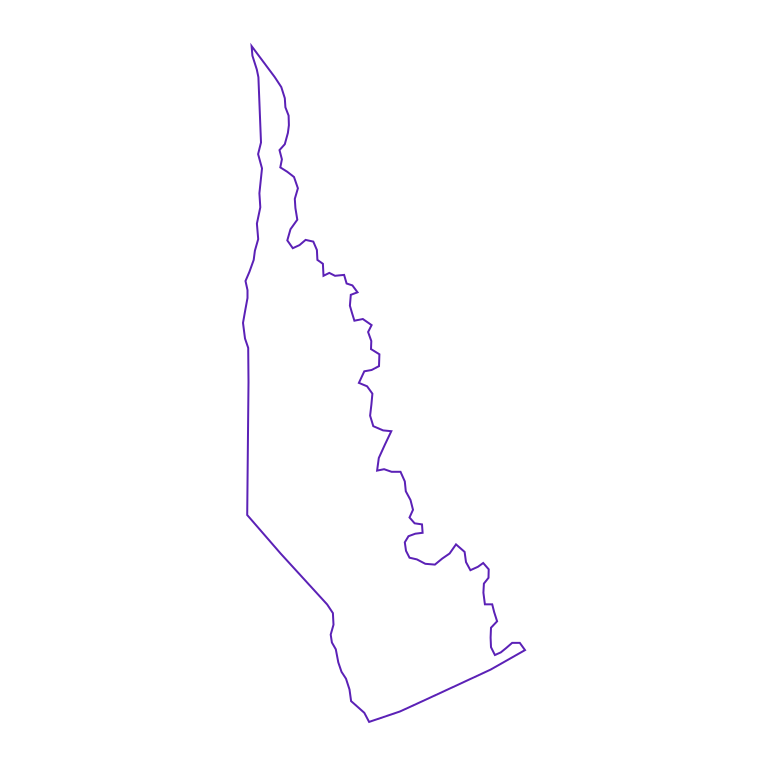 São Miguel do Aleixo, Sergipe, Brazil
{"feature_id": "56859067B31115724178454", "entity_name": "São Miguel do Aleixo", "entity_type": "district", "adm_level": 2, "iso_a3": "BRA", "parent_name": "Brazil", "parent_adm1": "Sergipe", "projection": "equal_earth", "projection_center": [-37.356, -10.368], "detail": "fine", "context": "isolated", "style": "outline", "palette": "violet", "viewbox_px": 768, "rotation_deg": 0, "n_neighbors": 0, "source": "geoboundaries", "source_scale": "gbopen_adm2", "svg_char_len": 1835}
<svg xmlns="http://www.w3.org/2000/svg" viewBox="0 0 768 768"><path d="M274.8,77.2L251.6,46.1L252.4,55.7L256.8,69.5L258.4,77.2L261.0,142.5L258.1,154.1L262.0,168.4L259.4,193.3L260.3,207.3L256.9,223.6L258.2,239.1L254.9,250.7L253.7,259.9L249.4,271.9L245.5,281.0L247.5,290.1L247.5,298.0L245.3,309.9L243.0,322.9L245.0,338.5L248.2,347.9L248.5,382.1L247.2,515.0L280.5,553.4L327.2,604.5L332.9,613.1L333.5,624.7L330.7,634.6L331.9,642.5L335.8,649.3L338.3,662.4L341.5,671.8L346.0,678.7L349.5,689.5L351.1,701.1L364.3,712.8L369.1,721.9L399.9,711.5L422.4,701.2L468.2,680.0L490.6,669.6L525.0,650.1L519.8,642.9L512.1,642.9L506.1,648.1L500.8,652.4L494.9,655.0L491.0,647.2L490.6,637.6L491.0,627.7L497.1,621.3L494.2,612.2L492.2,604.3L484.9,604.3L483.4,592.7L483.9,583.6L488.5,577.8L488.7,569.3L483.2,563.0L477.9,566.8L470.4,570.2L466.0,562.1L464.6,551.9L456.0,544.4L449.6,553.5L442.2,558.6L434.9,564.6L425.3,563.8L416.9,559.4L409.5,557.7L406.0,550.8L404.8,542.3L408.5,536.2L415.3,533.7L422.6,532.8L422.0,524.4L414.6,523.3L409.5,517.5L413.0,509.8L410.5,500.0L405.8,491.3L404.8,481.4L400.5,471.8L391.6,471.8L384.1,469.2L377.1,470.6L378.8,458.0L385.1,444.2L391.3,431.2L383.1,430.4L373.3,426.2L370.1,415.7L371.4,404.5L372.4,393.7L367.1,386.3L358.9,382.9L364.3,371.3L371.6,370.0L379.0,366.1L379.4,354.3L371.0,349.1L371.3,341.0L368.1,332.0L371.6,325.1L362.8,319.0L354.4,320.7L352.1,313.3L349.9,305.7L350.8,294.8L357.5,292.3L352.4,285.4L346.6,283.5L344.1,274.9L335.0,275.8L329.3,272.9L323.5,275.8L322.9,263.8L317.4,259.9L316.9,250.0L313.3,241.6L305.6,239.9L299.5,245.1L292.8,248.2L287.3,240.4L290.5,229.2L297.3,219.7L295.4,208.0L294.8,198.9L297.9,188.3L294.0,177.0L287.3,171.8L280.3,167.4L281.9,159.3L279.5,150.1L284.8,144.2L287.9,132.9L288.9,125.2L288.6,115.6L285.4,107.3L284.8,98.2L281.3,87.1L274.8,77.2Z" fill="none" stroke="#5b21b6" stroke-width="2"/></svg>